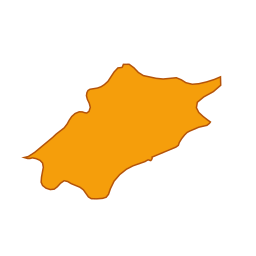 an SVG outline of Ilocos Norte, rotated 222°
{"feature_id": "PHL-2547", "entity_name": "Ilocos Norte", "entity_type": "Province", "adm_level": 1, "iso_a3": "PHL", "parent_name": "Philippines", "parent_adm1": "", "projection": "mercator", "projection_center": [120.728, 18.175], "detail": "fine", "context": "isolated", "style": "filled", "palette": "amber", "viewbox_px": 256, "rotation_deg": 222, "n_neighbors": 0, "source": "natural_earth", "source_scale": "10m", "svg_char_len": 1379}
<svg xmlns="http://www.w3.org/2000/svg" viewBox="0 0 256 256"><g transform="rotate(222 128 128)"><path d="M70.8,187.6L70.6,185.9L71.1,182.8L75.9,176.0L80.1,167.0L81.1,164.2L81.3,160.6L81.0,155.9L80.2,151.6L79.0,148.8L79.6,145.9L90.9,121.9L90.4,122.3L89.7,121.5L89.3,120.2L89.3,119.0L89.9,118.6L90.8,118.3L91.7,117.8L92.1,117.0L92.9,114.4L99.0,103.2L101.6,96.3L103.0,87.9L102.8,79.2L100.5,71.2L98.1,65.6L97.9,61.9L99.8,58.7L103.9,54.4L108.0,50.9L111.3,50.3L119.8,52.2L124.1,51.8L133.1,48.6L136.9,47.9L140.2,46.1L141.2,41.8L141.2,37.0L141.9,33.2L144.6,30.2L148.7,28.4L153.0,28.1L156.3,29.6L159.4,33.6L164.6,42.1L168.1,44.8L171.7,45.1L175.7,43.8L179.1,41.8L180.4,39.8L182.1,38.2L185.4,36.6L183.0,40.1L181.0,47.6L177.7,70.4L177.3,75.4L175.5,85.4L175.9,90.4L176.9,94.5L177.5,98.9L177.0,103.4L175.1,107.4L172.7,109.4L170.4,110.4L168.7,111.5L168.1,114.2L169.8,118.1L173.4,120.5L177.5,122.2L180.5,124.2L182.2,126.8L182.8,129.1L182.2,131.3L177.4,137.3L175.6,140.7L174.6,144.4L174.1,149.2L175.8,160.4L175.7,165.9L173.0,169.0L173.1,169.8L174.0,172.2L169.8,176.1L163.9,176.7L157.4,176.2L151.7,177.2L140.4,183.7L134.7,187.9L125.7,197.7L120.6,199.5L115.3,200.4L109.5,203.5L105.0,208.3L100.4,214.9L96.3,221.9L93.5,227.9L87.7,221.8L88.9,212.2L92.5,201.8L93.7,193.5L90.7,188.8L85.8,186.9L80.1,186.8L74.5,187.2L70.8,187.6L70.8,187.6Z" fill="#f59e0b" stroke="#b45309" stroke-width="1.5"/></g></svg>